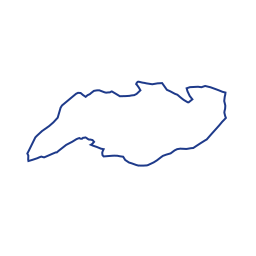 Sumail, Dihok, Iraq, rotated 139°
{"feature_id": "34846034B96469488868689", "entity_name": "Sumail", "entity_type": "district", "adm_level": 2, "iso_a3": "IRQ", "parent_name": "Iraq", "parent_adm1": "Dihok", "projection": "robinson", "projection_center": [42.773, 36.911], "detail": "fine", "context": "isolated", "style": "outline", "palette": "blue", "viewbox_px": 256, "rotation_deg": 139, "n_neighbors": 0, "source": "geoboundaries", "source_scale": "gbopen_adm2", "svg_char_len": 2269}
<svg xmlns="http://www.w3.org/2000/svg" viewBox="0 0 256 256"><g transform="rotate(139 128 128)"><path d="M224.8,168.4L221.1,166.7L216.3,164.7L214.0,164.0L212.2,163.3L211.3,161.9L210.6,160.9L209.2,160.4L202.2,158.2L198.5,157.0L197.7,156.3L197.2,156.3L195.9,156.3L195.4,156.3L185.7,155.8L179.1,154.2L174.2,153.4L172.7,152.9L171.3,152.3L171.0,151.3L170.4,150.6L169.8,150.1L169.3,150.1L168.9,150.1L168.4,150.1L167.3,149.3L166.4,148.9L166.0,148.1L165.8,147.4L165.6,146.3L165.0,144.8L164.1,144.1L162.7,142.2L162.7,139.8L165.2,139.5L165.4,139.5L165.7,139.5L166.5,139.6L167.0,139.7L166.0,137.6L164.0,134.2L162.0,130.2L160.3,128.0L162.3,127.1L163.6,126.3L164.3,125.4L165.1,124.1L165.0,122.5L158.5,117.7L156.6,116.2L154.3,114.1L152.6,111.9L150.5,109.5L151.1,105.7L150.5,103.5L149.9,101.3L148.4,98.9L146.0,94.6L144.7,92.7L144.4,92.5L141.4,89.8L138.3,87.4L137.2,86.9L131.2,85.2L127.4,84.6L122.3,84.3L120.0,84.1L116.6,82.8L112.5,80.9L107.5,80.5L104.8,79.8L102.1,78.1L97.6,73.8L93.5,71.3L91.9,70.1L88.1,69.6L83.1,68.9L77.4,68.0L76.2,67.7L68.9,68.7L57.7,70.1L52.8,70.9L50.2,71.1L47.5,71.4L46.8,73.3L45.2,76.4L44.1,77.4L42.1,78.8L40.0,80.9L39.3,82.1L37.7,85.2L36.3,86.5L34.4,88.2L32.7,89.4L31.2,90.8L33.0,93.4L34.6,96.6L36.0,99.2L39.0,104.6L42.2,109.1L45.8,110.6L48.1,113.2L54.5,118.2L57.7,119.5L59.0,116.7L60.4,111.7L60.6,107.4L65.4,107.6L66.1,108.3L67.5,112.6L67.9,114.5L68.4,117.3L68.9,120.7L70.2,123.1L72.1,128.1L73.6,131.3L72.8,139.5L76.4,142.3L81.0,145.1L84.8,149.6L86.2,151.5L86.6,151.9L87.5,153.0L89.6,156.0L90.4,156.4L90.5,156.5L90.9,156.4L91.9,156.3L93.0,155.8L93.0,154.3L93.3,151.3L93.9,148.3L98.8,148.1L99.2,148.1L99.3,148.1L100.8,148.5L101.7,148.7L104.2,150.4L105.8,151.3L108.7,153.5L113.3,157.3L114.8,162.0L114.9,162.3L116.2,166.2L116.5,166.4L118.3,166.8L119.7,167.9L121.3,169.0L122.2,170.2L124.9,175.2L126.9,176.9L129.4,178.4L132.9,178.6L133.4,178.6L134.1,178.6L134.6,178.6L137.0,179.3L137.5,179.3L139.1,179.3L139.5,179.3L140.3,182.3L140.8,185.5L142.6,187.3L144.7,187.9L153.2,188.1L153.7,188.1L162.6,188.3L163.1,188.3L165.6,187.5L174.3,181.9L180.6,181.2L181.1,181.2L185.8,181.2L186.3,181.2L194.7,182.1L194.9,182.1L195.2,182.1L201.8,181.9L204.1,181.7L218.6,175.6L220.7,174.8L221.3,172.6L224.1,169.6L224.8,168.4Z" fill="none" stroke="#1e3a8a" stroke-width="2"/></g></svg>